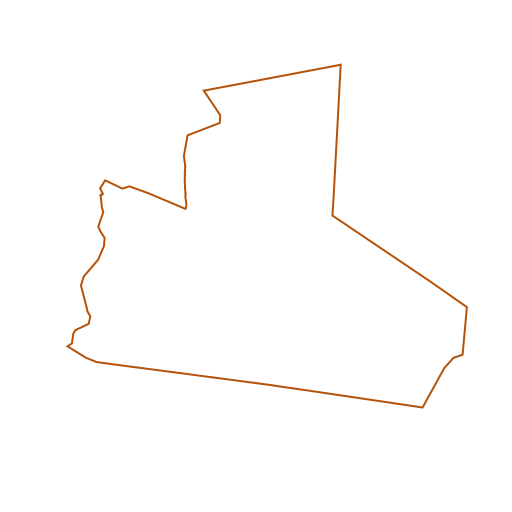 Epworth, Harare, Zimbabwe, rotated 171°
{"feature_id": "62879985B25596949610081", "entity_name": "Epworth", "entity_type": "district", "adm_level": 2, "iso_a3": "ZWE", "parent_name": "Zimbabwe", "parent_adm1": "Harare", "projection": "natural_earth1", "projection_center": [31.174, -17.897], "detail": "fine", "context": "isolated", "style": "outline", "palette": "amber", "viewbox_px": 512, "rotation_deg": 171, "n_neighbors": 0, "source": "geoboundaries", "source_scale": "gbopen_adm2", "svg_char_len": 1299}
<svg xmlns="http://www.w3.org/2000/svg" viewBox="0 0 512 512"><g transform="rotate(171 256 256)"><path d="M400.6,327.8L400.0,323.1L407.2,309.8L406.1,305.4L402.7,297.5L404.6,289.6L412.5,277.0L429.3,262.8L433.5,254.3L431.2,230.4L431.2,228.8L431.2,228.1L429.1,222.2L431.0,217.4L431.9,215.2L445.8,211.1L448.6,207.9L451.5,198.4L456.3,196.3L439.8,182.0L430.1,176.2L412.8,171.0L262.3,126.4L245.7,121.2L230.2,116.4L115.2,80.3L87.6,115.8L76.9,124.5L67.4,126.2L55.7,172.5L90.0,205.6L90.3,205.8L174.2,284.0L172.7,290.7L170.1,302.2L142.4,431.7L147.3,431.5L210.6,429.6L281.7,427.5L269.3,400.7L271.0,393.1L301.4,386.6L304.7,385.9L311.0,367.8L311.1,367.1L311.6,366.0L311.6,365.4L311.6,364.8L311.6,363.7L311.6,363.1L311.7,362.5L311.7,361.4L311.7,360.8L311.7,360.3L311.7,359.7L311.7,359.1L311.8,357.4L311.8,356.3L311.8,355.7L311.8,355.1L312.3,354.6L312.4,353.4L312.4,352.5L312.8,352.0L312.8,351.8L312.8,350.3L313.4,349.7L313.4,346.9L313.9,346.3L313.9,344.5L314.4,343.4L314.4,342.8L315.3,335.7L315.6,333.5L315.6,329.4L316.0,329.1L316.0,328.5L316.0,327.3L316.0,326.8L316.5,326.2L316.5,325.1L316.7,317.4L318.2,313.5L352.6,334.9L370.2,344.6L377.5,343.5L393.1,354.3L399.4,347.3L397.5,341.4L398.0,340.8L399.6,340.8L399.6,340.3L400.1,340.3L400.1,338.2L400.6,327.8Z" fill="none" stroke="#b45309" stroke-width="2"/></g></svg>